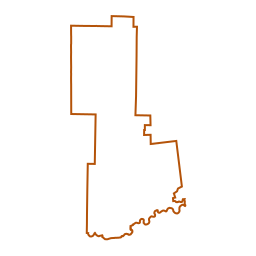 Cervenia, Teleorman, Romania (Albers equal-area conic projection), rotated 271°
{"feature_id": "2599482B58778725619949", "entity_name": "Cervenia", "entity_type": "district", "adm_level": 2, "iso_a3": "ROU", "parent_name": "Romania", "parent_adm1": "Teleorman", "projection": "albers", "projection_center": [25.475, 43.834], "detail": "fine", "context": "isolated", "style": "outline", "palette": "amber", "viewbox_px": 256, "rotation_deg": 271, "n_neighbors": 0, "source": "geoboundaries", "source_scale": "gbopen_adm2", "svg_char_len": 5185}
<svg xmlns="http://www.w3.org/2000/svg" viewBox="0 0 256 256"><g transform="rotate(271 128 128)"><path d="M239.6,109.7L238.6,109.7L230.0,109.8L229.4,109.8L229.4,109.6L229.4,108.2L229.4,104.5L229.4,102.6L229.4,99.7L229.4,95.4L229.5,94.9L229.4,93.0L229.3,81.8L229.3,79.5L229.3,76.6L229.3,74.4L229.3,69.3L223.9,69.4L220.0,69.5L218.2,69.6L217.8,69.6L211.6,69.7L211.4,69.7L211.0,69.7L210.5,69.6L208.8,69.6L202.6,69.8L198.1,69.8L187.7,70.1L185.9,70.1L184.1,70.1L182.7,70.1L181.2,70.2L177.1,70.2L173.3,70.3L170.6,70.4L141.0,71.0L141.0,95.4L111.8,95.4L91.5,95.4L91.5,88.4L88.7,88.4L84.3,88.4L66.2,88.4L40.9,88.5L31.2,88.6L25.8,88.6L22.9,88.6L22.3,88.6L22.2,89.3L22.2,89.6L22.2,89.9L21.8,89.8L21.6,89.9L20.7,90.3L20.4,90.5L20.1,90.6L20.0,90.9L19.1,91.6L19.0,92.0L18.9,92.5L18.9,93.1L19.0,93.6L19.2,94.0L19.3,94.3L19.4,94.6L19.7,94.8L20.1,95.2L20.6,95.6L21.0,95.9L21.3,96.0L21.5,96.1L21.9,96.2L22.5,96.8L22.3,97.0L22.2,97.0L21.2,97.5L20.8,97.9L20.6,98.2L20.3,98.5L20.1,98.8L19.9,99.0L19.8,99.3L19.5,99.8L19.4,100.1L19.3,100.3L19.3,100.7L19.3,100.9L19.5,101.2L19.5,101.4L19.8,102.0L19.8,102.3L19.9,102.6L19.9,103.1L20.1,103.5L20.3,104.1L20.2,104.2L20.1,104.3L19.7,104.3L19.2,104.3L18.7,104.5L18.5,104.4L18.4,104.6L18.1,105.0L17.8,105.3L17.3,105.9L16.8,106.5L16.5,106.9L16.5,107.0L16.4,107.2L16.4,107.5L16.4,108.9L16.4,109.3L16.6,110.0L17.0,111.1L17.3,112.1L17.4,112.3L17.6,113.1L17.7,114.4L17.8,115.4L17.8,115.8L17.8,116.2L18.0,116.9L18.0,117.6L18.0,118.2L18.0,118.6L18.1,119.3L18.1,120.2L18.2,120.7L18.3,121.4L18.4,122.0L18.4,122.5L18.7,123.0L19.2,123.2L19.4,123.3L19.7,123.5L19.8,123.6L19.9,124.0L19.9,124.3L19.7,124.7L19.8,124.8L19.9,125.0L20.1,125.0L20.3,125.2L20.4,125.5L20.5,125.6L20.7,125.8L21.0,126.1L21.5,126.4L21.7,126.5L21.8,126.7L22.0,127.3L22.1,127.8L22.2,128.0L22.2,128.3L22.0,128.9L21.9,129.2L22.0,129.6L21.9,129.7L21.9,129.8L21.7,130.0L21.4,130.3L21.3,130.7L21.3,130.9L21.2,131.0L21.5,131.7L21.6,132.2L21.6,132.4L21.7,132.5L21.9,132.7L22.3,132.9L22.7,133.2L22.9,133.5L23.1,133.6L23.4,133.8L23.6,133.9L23.7,134.0L23.8,134.0L24.0,133.9L24.4,134.0L24.5,134.2L24.8,134.2L25.1,134.2L25.3,134.1L25.7,134.0L25.9,133.9L26.0,133.8L26.1,133.7L26.2,133.4L26.2,133.2L26.2,132.9L26.2,132.7L26.3,132.7L26.5,132.5L26.7,132.4L26.8,132.3L27.0,132.3L27.1,132.2L27.2,132.3L27.4,132.4L27.5,132.4L27.8,132.4L27.9,132.6L28.0,132.6L28.3,132.4L28.6,132.2L28.8,132.1L29.0,132.1L29.4,132.4L29.5,132.4L29.8,132.4L30.0,132.3L30.1,132.5L30.3,132.8L30.4,133.3L30.5,133.5L30.8,133.9L30.9,134.0L30.9,134.4L31.0,134.6L31.2,134.8L31.7,134.8L32.0,135.5L32.4,136.0L33.0,136.8L33.3,137.3L33.4,137.5L33.4,137.8L33.4,138.1L33.4,138.5L33.0,139.8L33.0,140.2L33.1,140.6L33.2,141.1L33.4,141.3L33.8,141.5L34.2,141.6L34.8,141.5L35.2,141.5L35.6,141.6L36.0,141.7L36.4,142.0L36.9,142.4L37.1,142.7L37.3,143.0L37.3,143.5L37.3,144.1L37.2,144.5L37.0,144.8L36.8,145.1L36.5,145.3L36.1,145.4L35.8,145.4L35.2,145.3L34.7,145.3L33.4,145.3L33.2,145.6L32.6,146.0L32.1,146.5L31.9,146.8L31.8,147.1L31.8,147.5L31.9,148.2L32.1,148.8L32.5,149.6L33.2,150.4L33.6,150.7L33.9,150.8L34.3,150.9L34.9,151.0L35.4,150.9L36.0,150.7L36.5,150.6L37.0,150.6L37.5,150.6L37.9,150.8L38.5,151.2L39.6,152.2L39.9,152.6L40.0,152.9L40.1,153.1L40.1,153.3L39.9,153.8L39.7,155.0L39.7,155.4L39.8,155.8L39.9,156.1L40.1,156.3L40.3,156.5L40.7,156.6L41.4,156.6L41.9,156.6L42.2,156.5L42.8,156.0L43.0,155.9L43.6,155.8L44.1,155.9L44.5,156.0L44.9,156.2L45.2,156.4L45.5,156.6L45.7,157.1L45.8,157.4L46.2,157.9L46.3,158.2L46.3,158.4L46.3,158.7L46.3,159.0L46.1,159.1L45.9,159.2L45.3,159.2L44.8,159.3L44.4,159.5L44.0,159.9L43.9,160.3L43.8,160.6L43.8,161.0L44.0,161.4L44.4,161.9L45.2,162.9L45.8,163.9L46.1,164.5L46.1,164.8L46.1,165.0L46.0,165.6L45.7,166.5L45.4,166.9L45.3,167.2L45.3,167.4L45.3,167.6L45.4,167.8L45.6,168.0L46.0,168.2L46.8,168.5L47.5,168.9L47.9,169.1L48.2,169.4L48.6,170.3L48.8,170.5L48.9,170.9L48.9,171.1L48.8,171.3L48.7,172.1L48.6,172.6L48.6,172.8L48.5,173.0L48.3,173.5L48.0,173.9L47.5,174.3L47.3,174.4L46.8,174.6L46.2,174.7L45.8,174.8L45.5,174.9L44.8,175.5L44.4,175.9L44.0,176.4L43.7,176.9L43.6,177.4L43.5,177.9L43.4,178.6L43.5,178.9L43.6,179.2L43.9,179.6L44.3,180.1L44.8,180.4L45.3,180.8L45.8,180.9L46.3,181.0L46.8,180.9L47.2,180.8L48.0,180.8L48.7,180.8L49.2,180.8L49.7,181.0L50.2,181.2L50.8,181.7L51.4,182.4L51.8,182.9L52.0,183.4L52.2,183.8L52.2,184.2L52.1,184.6L52.0,184.9L51.9,185.1L51.3,185.8L51.1,186.1L51.0,186.4L51.2,186.6L51.8,186.7L52.1,186.5L52.5,186.2L53.6,186.0L54.3,186.0L55.4,186.1L56.4,185.8L56.9,185.8L57.3,185.7L57.6,185.6L57.9,185.7L57.8,184.8L57.7,184.3L57.7,184.1L55.6,183.6L55.4,183.6L55.1,183.2L54.9,182.7L54.9,182.1L54.9,181.8L54.9,181.6L55.2,181.2L55.3,180.8L55.4,180.4L55.4,180.2L55.0,179.6L54.9,179.4L54.9,179.1L54.9,178.8L54.7,178.5L54.7,178.2L54.7,177.9L54.7,177.7L54.8,177.4L54.9,177.2L55.1,177.0L55.4,176.8L55.6,176.7L55.8,176.0L55.8,175.3L55.7,174.5L58.7,174.2L59.3,176.4L62.9,175.2L63.4,175.0L65.4,177.9L65.7,178.2L67.4,178.7L68.3,179.0L69.2,180.6L70.4,182.9L115.9,176.5L112.4,151.0L121.6,150.7L121.3,144.2L126.3,144.2L126.3,144.9L131.2,144.8L131.2,150.5L140.9,150.1L140.9,135.2L160.0,135.5L200.1,135.3L219.2,135.1L229.4,135.2L229.3,131.7L239.1,131.6L239.5,122.1L239.6,109.7Z" fill="none" stroke="#b45309" stroke-width="2"/></g></svg>